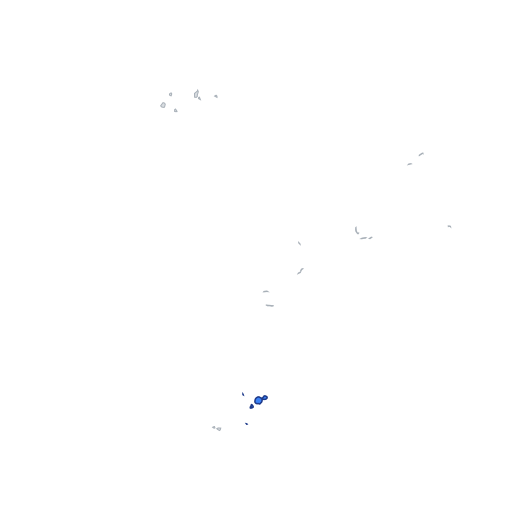 French Polynesia, with Windward Islands highlighted, rotated 299°
{"feature_id": "PYF-4963", "entity_name": "Windward Islands", "entity_type": "state/province", "adm_level": 1, "iso_a3": "PYF", "parent_name": "French Polynesia", "parent_adm1": "", "projection": "robinson", "projection_center": [-149.632, -17.426], "detail": "fine", "context": "in_parent", "style": "filled", "palette": "blue", "viewbox_px": 512, "rotation_deg": 299, "n_neighbors": 0, "source": "natural_earth", "source_scale": "10m", "svg_char_len": 3455}
<svg xmlns="http://www.w3.org/2000/svg" viewBox="0 0 512 512"><g transform="rotate(299 256 256)"><path d="M134.4,329.9L137.6,331.1L138.2,333.1L137.5,334.4L135.9,334.0L135.1,333.3L133.9,331.0L130.8,331.5L128.6,331.1L127.4,328.0L127.3,326.7L127.8,325.8L130.2,324.9L133.1,325.6L134.2,327.3L134.4,329.9ZM368.4,123.4L371.7,124.7L372.8,124.6L371.7,125.9L368.3,126.6L367.2,127.3L365.8,126.9L365.1,125.3L368.4,123.4ZM344.6,103.1L342.4,103.7L341.4,103.6L340.6,101.5L340.9,100.2L341.2,99.8L345.0,100.3L345.3,101.3L345.3,102.2L344.6,103.1ZM87.3,308.9L86.4,309.0L85.6,308.6L85.8,305.9L86.0,305.4L87.3,306.3L88.4,308.6L87.3,308.9ZM123.3,326.2L122.6,326.8L121.6,326.4L121.2,325.7L121.1,325.0L121.3,324.2L123.4,324.3L124.0,324.7L123.3,326.2ZM356.4,103.9L354.9,104.1L354.7,102.8L355.1,102.1L355.8,101.8L356.9,102.2L357.5,102.8L357.4,103.3L356.4,103.9ZM344.5,116.4L344.0,116.9L343.1,115.4L343.0,114.7L344.6,113.9L345.5,114.3L344.5,116.4ZM220.8,294.8L220.9,295.2L220.5,295.2L219.6,293.9L219.3,292.7L218.8,291.5L218.1,290.5L218.0,289.7L218.0,288.3L218.8,290.4L219.6,292.1L220.1,293.4L220.8,294.8ZM325.8,334.2L325.9,334.7L325.1,334.6L324.8,334.5L324.9,333.6L325.5,332.4L325.9,331.5L326.9,330.6L328.6,329.7L329.4,329.4L329.7,329.6L329.4,329.7L326.6,331.6L325.7,332.8L325.3,333.7L325.3,334.0L325.8,334.2ZM376.6,144.6L375.8,145.0L375.8,142.3L376.8,142.8L377.3,143.2L377.1,144.0L376.6,144.6ZM325.2,342.8L325.4,343.5L324.5,343.0L323.7,341.7L322.3,340.1L322.0,339.4L323.1,340.1L323.8,341.0L325.2,342.8ZM86.0,303.2L85.6,303.4L85.2,303.0L85.0,302.2L85.2,301.1L86.2,301.8L86.7,302.4L86.0,303.2ZM367.5,129.5L365.8,131.5L365.8,129.4L366.4,129.1L367.0,129.1L367.5,129.5ZM427.0,352.0L426.5,352.5L426.5,352.0L425.9,351.7L425.0,351.2L423.8,350.5L423.2,350.4L422.9,350.1L423.3,349.9L424.1,350.2L425.1,350.7L426.2,351.3L427.0,352.0ZM230.7,282.5L230.6,283.7L230.1,282.6L228.8,280.8L228.3,280.0L228.9,280.1L230.7,282.5ZM328.4,347.7L328.7,348.7L328.2,348.2L326.4,347.3L326.2,346.5L328.4,347.7ZM266.9,302.3L268.1,303.5L266.5,302.7L264.4,302.3L265.2,302.1L266.3,302.1L266.9,302.3ZM263.9,302.7L263.0,302.8L260.9,301.3L261.7,301.3L263.0,302.2L263.9,302.7ZM411.9,346.7L411.9,347.2L409.7,344.8L410.6,345.0L411.9,346.7ZM376.3,411.7L375.7,412.2L375.9,411.5L375.4,410.1L375.0,409.9L375.5,409.5L376.1,410.6L376.3,411.7ZM287.9,288.7L287.5,289.0L288.1,287.0L288.6,286.7L287.9,288.7Z" fill="#d9dde1" stroke="#a8b0b8" stroke-width="1"/><path d="M137.5,331.0L138.0,331.6L138.2,332.8L138.1,333.9L137.3,334.5L136.9,334.5L135.7,334.1L135.4,333.9L134.6,332.8L134.1,331.7L133.9,330.8L133.8,330.6L133.6,330.6L133.4,330.8L133.4,331.1L133.2,331.2L132.8,331.2L131.5,331.7L131.0,331.7L130.6,331.7L129.9,331.4L128.6,331.1L128.4,331.0L128.0,329.4L127.8,329.2L127.6,329.0L127.4,328.6L127.2,328.1L127.1,327.6L127.4,326.4L128.0,325.7L128.9,325.3L129.9,325.0L130.9,324.8L131.9,325.0L132.9,325.5L133.6,326.0L133.9,326.3L134.0,326.7L134.2,327.1L134.2,327.5L134.2,329.2L134.2,329.8L134.8,330.5L135.7,330.8L137.5,331.0ZM123.7,324.1L123.9,324.2L123.9,324.5L123.5,325.6L123.1,326.3L122.6,326.7L122.2,326.7L121.7,326.4L121.0,325.9L120.5,325.3L120.3,324.8L120.6,324.5L121.0,324.3L121.4,324.3L121.6,324.5L121.7,324.8L121.8,324.8L122.0,324.7L122.4,324.5L122.6,324.4L122.8,324.6L122.9,324.3L123.1,324.1L123.4,324.1L123.7,324.1ZM104.4,329.4L104.6,329.0L104.7,329.3L104.6,329.6L104.4,329.4ZM128.5,311.8L128.6,311.7L128.8,311.6L128.7,311.8L128.4,312.1L128.4,311.9L128.5,311.8Z" fill="#3b82f6" stroke="#1e3a8a" stroke-width="1.5"/></g></svg>